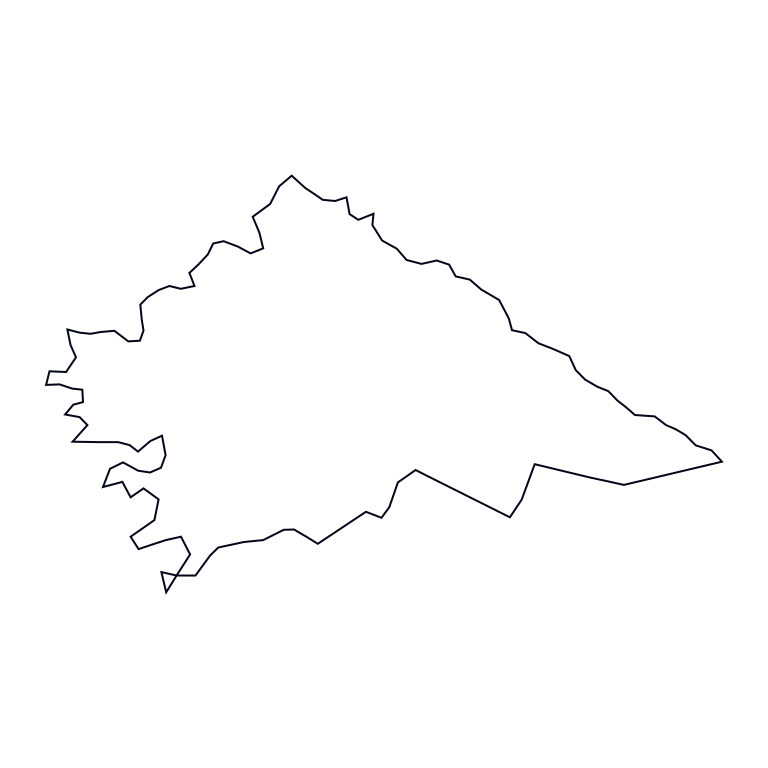 the district of Santa Cecília do Pavão, Paraná, Brazil
{"feature_id": "56859067B22912882563393", "entity_name": "Santa Cecília do Pavão", "entity_type": "district", "adm_level": 2, "iso_a3": "BRA", "parent_name": "Brazil", "parent_adm1": "Paraná", "projection": "mercator", "projection_center": [-50.812, -23.543], "detail": "fine", "context": "isolated", "style": "outline", "palette": "ink", "viewbox_px": 768, "rotation_deg": 0, "n_neighbors": 0, "source": "geoboundaries", "source_scale": "gbopen_adm2", "svg_char_len": 1693}
<svg xmlns="http://www.w3.org/2000/svg" viewBox="0 0 768 768"><path d="M46.1,384.9L59.6,384.4L72.2,388.6L82.3,389.7L83.0,402.1L73.3,404.7L65.1,414.5L79.6,417.1L87.4,425.1L72.6,441.7L96.9,442.1L118.0,442.1L129.6,445.1L138.0,451.6L150.4,441.0L162.0,435.7L165.6,455.2L161.0,467.7L150.0,472.5L138.2,470.7L123.0,462.4L110.0,468.8L103.0,487.0L122.4,481.9L130.6,497.3L143.5,488.4L158.6,499.4L154.4,520.1L130.6,536.7L138.6,549.1L152.3,544.5L165.8,540.1L181.0,536.7L190.1,554.4L176.6,575.5L195.5,575.5L210.1,555.5L218.3,547.5L244.0,542.0L263.2,540.1L283.7,529.8L294.0,529.5L307.5,537.4L317.8,543.8L365.9,511.8L381.5,517.8L389.3,507.2L397.9,482.4L415.6,470.0L426.4,475.5L509.9,517.3L521.7,499.6L534.7,464.2L590.4,477.6L610.4,481.9L623.9,484.9L721.9,461.7L711.6,450.4L695.8,445.4L685.7,435.2L675.8,429.3L666.1,425.1L654.7,416.4L634.9,415.0L626.2,407.4L617.4,400.5L608.3,391.1L597.3,386.7L585.1,379.6L575.8,370.2L569.3,356.1L552.0,348.5L538.5,343.3L525.4,333.1L512.0,330.2L508.8,318.4L499.1,300.0L481.2,289.5L469.8,279.6L455.7,276.4L449.1,264.6L436.7,260.5L421.5,263.9L406.6,260.0L396.9,248.8L382.1,240.5L372.4,225.1L373.5,213.8L358.3,219.8L349.6,214.1L346.5,197.3L335.1,201.0L322.7,199.8L314.0,193.8L305.4,188.1L291.7,175.7L279.2,186.2L270.2,203.9L252.7,216.8L259.4,232.7L263.2,248.3L250.6,253.4L237.7,246.5L223.6,241.2L213.2,243.5L207.8,254.5L198.3,264.6L189.4,272.9L194.5,286.0L180.8,288.8L169.4,286.0L158.6,290.1L147.9,297.0L140.3,304.6L141.8,320.0L143.5,330.6L139.9,340.7L128.3,341.4L114.4,330.8L100.7,332.0L90.6,333.8L79.8,332.7L67.4,329.5L70.5,344.9L76.0,357.3L66.1,372.0L49.5,371.3L46.1,384.9ZM176.6,575.5L161.4,572.1L166.2,592.3L176.6,575.5Z" fill="none" stroke="#020617" stroke-width="2"/></svg>